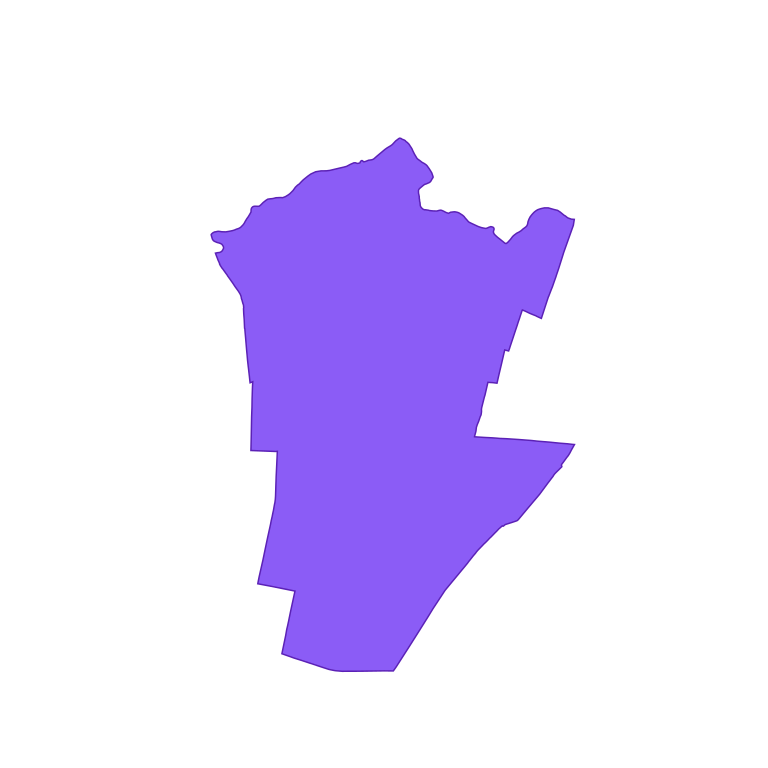 Targsoru Vechi, Prahova, Romania, rotated 140°
{"feature_id": "2599482B79986914365335", "entity_name": "Targsoru Vechi", "entity_type": "district", "adm_level": 2, "iso_a3": "ROU", "parent_name": "Romania", "parent_adm1": "Prahova", "projection": "albers", "projection_center": [25.907, 44.89], "detail": "fine", "context": "isolated", "style": "filled", "palette": "violet", "viewbox_px": 768, "rotation_deg": 140, "n_neighbors": 0, "source": "geoboundaries", "source_scale": "gbopen_adm2", "svg_char_len": 6159}
<svg xmlns="http://www.w3.org/2000/svg" viewBox="0 0 768 768"><g transform="rotate(140 384 384)"><path d="M429.0,592.6L429.9,590.2L430.8,587.5L431.5,585.6L432.4,582.3L432.6,581.8L432.8,581.7L432.9,581.4L433.1,580.4L433.3,579.8L433.3,579.1L433.6,577.2L433.6,575.5L434.0,570.4L434.1,568.3L434.2,567.9L434.3,567.5L434.4,565.9L435.0,558.6L435.5,554.4L435.9,548.7L436.4,545.4L436.9,543.7L437.5,542.4L438.3,541.1L438.9,539.5L440.1,536.9L440.4,536.2L440.9,534.8L441.7,533.7L442.1,533.0L443.2,532.0L446.2,528.1L449.7,523.2L455.0,516.3L455.1,515.7L455.9,514.7L460.8,507.7L467.5,498.2L469.7,495.0L473.2,490.0L476.8,484.6L477.7,483.2L482.0,476.7L484.5,473.0L485.8,471.0L483.1,470.1L487.1,465.8L494.6,457.4L500.4,450.7L506.3,444.2L519.2,429.4L526.3,421.3L528.7,418.6L510.3,401.9L509.0,401.0L511.9,397.8L526.3,382.2L539.1,367.9L541.3,365.6L543.9,363.2L545.0,362.4L550.0,358.2L552.6,356.2L554.8,354.4L558.0,352.0L561.3,349.3L572.6,340.6L581.9,333.3L586.7,329.5L590.0,326.9L594.2,323.7L603.4,316.7L607.3,313.6L609.1,312.1L601.4,302.7L585.3,282.6L601.8,269.8L610.1,263.2L613.2,260.8L616.3,258.5L620.9,254.6L635.6,243.0L633.0,238.6L631.2,235.6L629.2,232.1L625.5,226.3L612.5,205.3L609.8,201.0L609.0,199.9L606.6,196.9L605.6,195.7L600.4,190.5L599.1,189.5L587.1,179.5L568.3,164.2L561.3,158.2L556.7,159.4L538.7,165.0L536.1,165.8L516.6,172.0L499.2,177.6L491.2,180.3L469.8,186.7L435.4,193.0L433.0,193.6L431.8,193.8L426.6,194.9L422.4,195.6L421.4,195.9L419.1,196.3L412.4,197.0L409.6,197.3L408.5,197.3L405.2,197.6L402.0,198.0L400.9,198.0L397.8,198.3L395.0,198.6L392.4,198.8L389.2,199.2L388.2,199.2L384.6,199.3L384.5,199.0L384.4,198.8L384.1,198.6L383.9,198.4L382.0,198.4L381.4,198.4L380.5,198.0L375.2,195.8L372.4,194.7L370.6,194.0L370.0,193.8L369.4,193.7L368.1,193.8L360.9,195.1L353.1,196.5L335.7,199.5L322.4,202.7L314.8,204.4L314.1,204.5L313.4,204.8L312.4,205.1L311.2,205.4L309.6,205.6L302.2,206.2L301.0,206.3L300.9,206.4L300.7,206.6L300.6,206.8L300.4,207.6L300.1,207.9L299.3,208.3L297.0,208.8L291.4,210.2L288.9,210.7L285.9,211.7L282.8,213.0L278.8,214.5L277.0,215.2L278.7,216.9L282.0,220.4L287.4,225.7L294.7,233.2L303.4,241.8L307.5,246.1L310.8,249.3L316.3,254.7L325.8,263.8L330.2,267.8L332.4,270.0L335.8,273.3L341.5,278.6L345.6,282.5L348.6,285.4L348.4,285.6L344.1,288.6L343.2,289.4L341.1,291.4L340.8,291.6L338.5,293.0L335.4,294.6L331.3,297.1L329.6,297.9L329.1,298.3L328.4,298.9L327.2,300.0L326.6,300.7L325.5,302.1L324.2,303.2L315.5,309.5L313.9,310.5L303.3,318.5L301.3,316.5L299.9,315.2L296.9,312.0L289.9,317.3L280.1,324.6L273.6,329.5L269.6,332.5L268.6,331.0L267.3,329.2L265.2,330.4L263.0,331.8L257.3,335.3L248.9,340.5L244.3,343.3L241.0,345.4L238.1,347.1L236.4,348.2L230.5,351.8L230.3,351.7L230.0,351.0L228.7,348.4L226.9,344.4L224.9,340.6L223.9,338.8L223.5,337.7L221.8,334.1L221.3,333.1L210.1,340.1L201.9,345.2L201.7,345.2L194.8,349.0L192.5,350.2L187.5,353.2L183.4,355.6L181.4,356.9L180.7,357.3L176.1,360.1L165.1,367.1L161.7,369.3L137.0,383.8L132.4,387.8L132.9,388.3L134.4,389.7L136.3,392.9L136.7,394.2L137.0,396.0L137.6,397.6L138.5,402.5L139.4,405.4L141.6,408.4L145.0,413.4L147.9,415.8L150.9,417.4L152.3,418.0L154.2,418.7L156.0,419.0L158.1,419.1L159.5,419.0L161.8,418.7L164.6,418.1L167.0,417.1L169.3,415.8L171.2,414.2L172.7,413.4L174.0,413.2L175.2,413.2L177.8,413.4L180.4,413.3L182.8,413.6L185.3,414.2L186.8,414.3L189.1,414.4L190.7,414.3L194.2,413.5L197.8,413.0L199.4,413.0L199.8,413.0L200.1,413.2L200.5,413.5L200.8,414.0L201.0,414.7L201.1,415.4L202.1,420.6L202.7,423.3L203.1,426.4L203.2,427.8L203.1,428.4L202.9,429.3L202.6,429.8L202.5,430.1L202.0,430.6L200.6,431.5L200.0,432.0L199.6,432.9L199.6,433.3L199.7,434.1L200.3,435.0L201.0,435.9L202.0,436.3L203.0,436.7L204.3,437.0L205.3,437.4L206.0,437.7L207.2,439.1L208.7,441.0L209.9,442.9L210.7,444.3L214.0,451.4L214.7,453.0L215.0,454.0L215.0,455.9L215.1,459.3L215.0,460.7L215.1,461.5L215.3,462.8L216.1,465.4L216.6,466.9L217.2,468.0L217.7,468.7L218.3,469.5L219.1,470.4L220.0,471.1L222.6,472.8L224.9,473.3L226.2,475.5L227.4,478.4L228.3,480.1L228.9,480.8L230.2,481.6L231.6,482.2L232.4,482.6L234.9,484.8L236.2,486.1L237.7,487.7L238.2,488.5L238.9,489.3L240.4,491.0L240.8,491.2L241.3,492.0L241.7,492.7L242.0,494.7L242.0,495.5L241.9,496.2L241.7,496.9L241.5,497.4L239.7,500.0L239.4,500.7L239.2,501.2L238.7,501.8L238.5,502.0L237.6,503.6L236.6,504.8L235.5,506.8L235.0,507.8L234.4,508.6L233.3,510.0L232.4,510.6L231.5,510.8L230.2,510.9L226.4,510.9L224.6,510.8L222.9,510.1L219.5,509.1L218.0,509.2L215.0,510.3L213.8,510.6L213.3,511.0L212.9,511.9L211.7,515.0L211.3,517.5L211.0,519.7L210.7,523.6L210.8,524.7L211.3,526.7L212.4,529.5L212.9,532.0L213.5,534.3L213.7,535.5L212.9,540.5L212.4,542.6L211.9,544.6L211.5,545.7L211.2,547.5L211.0,549.4L210.8,550.8L210.7,551.9L210.9,554.1L211.3,555.5L211.3,556.8L211.8,558.2L212.7,559.7L213.2,561.3L213.9,562.2L214.8,562.5L218.8,562.7L223.7,562.1L225.6,562.2L229.9,562.9L232.6,563.1L242.9,563.1L247.3,563.0L248.1,563.2L249.4,563.7L251.0,564.7L251.9,565.3L254.3,566.1L255.6,566.6L256.5,567.1L256.8,567.4L256.9,568.5L257.1,569.1L257.5,569.5L257.9,569.6L258.3,569.6L258.9,569.6L259.5,569.3L260.1,568.9L260.3,568.9L260.9,569.1L261.5,569.4L262.5,570.0L262.9,570.4L263.5,571.6L264.0,572.1L264.9,572.8L268.6,573.9L271.9,574.6L272.8,574.8L275.2,575.9L278.7,577.7L288.1,582.4L291.2,584.4L295.2,587.7L299.9,590.5L305.0,591.9L308.8,592.2L314.6,592.3L317.1,592.1L320.3,591.7L322.4,591.9L325.4,591.7L329.3,590.7L333.7,590.3L335.6,590.4L339.1,590.9L341.9,591.9L343.2,593.2L347.0,596.1L349.5,597.3L350.7,598.0L351.5,598.6L354.2,600.3L356.3,600.6L359.9,600.7L363.1,600.4L365.2,600.4L366.3,601.1L368.6,603.2L369.8,603.9L370.5,604.1L371.3,604.1L372.4,603.9L373.4,603.3L375.4,601.2L378.1,600.2L380.4,599.4L382.8,598.8L385.5,597.9L388.0,596.9L389.8,596.5L393.1,596.2L394.6,596.4L395.9,596.8L397.6,597.5L399.7,598.1L401.7,599.0L404.3,600.4L407.5,602.3L410.3,604.8L411.7,606.4L412.8,607.5L413.7,608.1L415.2,608.8L415.8,609.3L417.6,609.8L419.5,609.8L420.3,609.6L420.7,609.0L422.3,605.4L422.5,604.2L422.5,603.3L422.1,602.1L420.9,599.7L419.6,597.9L418.9,596.6L418.4,595.3L418.5,593.6L418.9,592.1L419.6,591.2L421.0,590.5L422.5,590.0L423.8,590.0L425.3,590.4L427.1,591.6L429.0,592.6Z" fill="#8b5cf6" stroke="#5b21b6" stroke-width="1.5"/></g></svg>